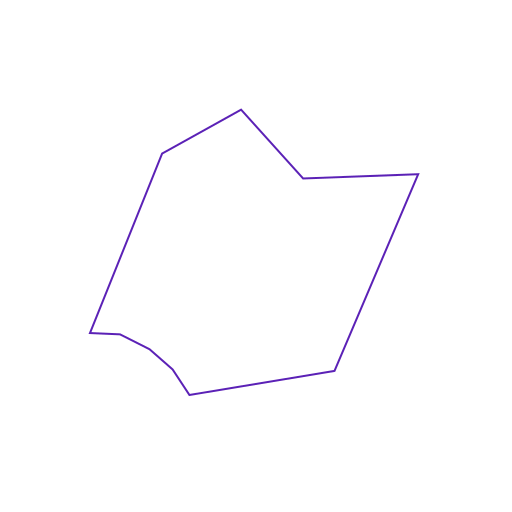 map outline of Ormoc (Equal Earth projection), rotated 51°
{"feature_id": "PHL-5534", "entity_name": "Ormoc", "entity_type": "Independent Component City", "adm_level": 1, "iso_a3": "PHL", "parent_name": "Philippines", "parent_adm1": "", "projection": "equal_earth", "projection_center": [124.578, 11.07], "detail": "fine", "context": "isolated", "style": "outline", "palette": "violet", "viewbox_px": 512, "rotation_deg": 51, "n_neighbors": 0, "source": "natural_earth", "source_scale": "10m", "svg_char_len": 296}
<svg xmlns="http://www.w3.org/2000/svg" viewBox="0 0 512 512"><g transform="rotate(51 256 256)"><path d="M322.1,395.2L291.7,392.2L261.5,397.4L231.3,411.0L211.4,433.5L117.3,264.5L132.9,175.5L225.4,170.6L294.5,78.5L394.7,267.3L322.1,395.2Z" fill="none" stroke="#5b21b6" stroke-width="2"/></g></svg>